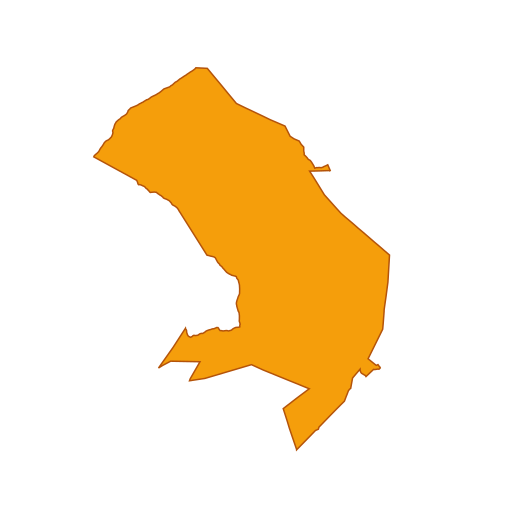 Tapalapa, Chiapas, Mexico (orthographic projection), rotated 344°
{"feature_id": "50627088B95959525466025", "entity_name": "Tapalapa", "entity_type": "district", "adm_level": 2, "iso_a3": "MEX", "parent_name": "Mexico", "parent_adm1": "Chiapas", "projection": "orthographic", "projection_center": [-93.122, 17.217], "detail": "fine", "context": "isolated", "style": "filled", "palette": "amber", "viewbox_px": 512, "rotation_deg": 344, "n_neighbors": 0, "source": "geoboundaries", "source_scale": "gbopen_adm2", "svg_char_len": 5527}
<svg xmlns="http://www.w3.org/2000/svg" viewBox="0 0 512 512"><g transform="rotate(344 256 256)"><path d="M241.6,453.5L256.4,445.1L265.1,440.1L268.2,439.7L269.3,437.9L282.8,430.1L289.3,426.4L295.7,422.8L301.0,419.9L304.2,415.6L305.4,414.1L307.6,411.1L309.3,409.8L310.5,409.4L315.2,399.9L324.9,393.4L324.5,395.3L324.8,397.1L325.2,397.9L328.2,401.1L328.5,402.2L337.8,397.4L338.8,397.9L342.2,398.3L342.9,398.7L343.4,398.6L344.6,397.8L344.5,396.9L344.3,396.8L343.3,394.0L341.5,394.3L340.8,393.4L335.4,385.7L348.6,371.2L357.6,361.3L359.6,356.1L360.9,352.6L362.9,347.2L364.1,343.9L364.1,343.6L366.4,338.4L369.9,330.6L372.2,325.3L375.6,317.5L377.6,311.8L379.6,306.1L382.6,297.6L384.6,291.9L380.0,284.9L377.1,280.4L373.8,275.5L370.8,270.9L367.8,266.3L364.7,261.6L361.6,257.0L358.8,252.6L355.5,247.6L352.4,243.0L349.4,238.3L346.7,232.8L344.7,228.7L341.1,221.2L338.6,216.1L335.3,204.3L333.1,196.5L330.9,189.2L337.0,190.8L341.3,191.9L344.9,192.8L349.7,194.0L350.3,194.5L350.9,194.3L350.1,188.1L347.5,188.6L346.1,188.7L345.0,189.0L344.0,189.1L343.3,189.1L342.3,188.8L341.0,188.3L339.7,188.1L338.4,187.7L336.7,187.8L336.4,185.2L335.3,181.2L334.5,179.1L332.9,177.5L332.2,175.6L331.3,173.8L330.2,172.0L330.7,170.3L330.8,168.3L331.9,164.5L330.2,161.1L329.2,157.4L324.9,153.9L321.8,150.3L319.7,139.1L314.7,135.0L307.1,128.8L301.1,123.4L290.1,113.7L287.1,111.1L283.2,107.6L279.2,104.0L276.0,96.7L273.8,91.7L270.1,83.1L265.1,71.8L260.9,62.2L250.1,58.5L249.1,59.2L247.7,59.8L246.4,60.3L244.7,60.8L243.7,61.0L242.6,61.4L241.4,61.8L239.8,62.3L238.6,62.8L237.4,63.1L236.3,63.4L235.1,63.8L233.3,64.4L232.6,64.6L232.0,64.7L231.5,64.9L231.0,65.1L230.1,65.5L229.6,65.7L228.8,66.1L227.9,66.4L226.3,66.7L224.1,67.8L222.8,68.5L221.3,68.8L219.7,69.6L213.6,70.0L211.8,70.8L210.1,71.6L207.8,72.5L206.0,72.9L204.9,73.3L203.4,73.6L201.4,73.9L199.8,74.2L198.6,74.5L197.8,74.9L196.8,75.2L195.7,75.7L193.9,75.7L192.1,76.2L190.7,76.6L189.6,77.0L188.4,77.1L187.7,77.3L186.9,77.5L185.9,77.6L184.8,78.0L183.8,78.3L182.7,78.5L181.1,78.7L176.3,79.2L175.8,79.5L175.1,80.0L174.4,80.3L173.9,80.6L173.5,80.8L173.0,81.2L172.8,81.7L172.4,82.2L172.0,82.6L171.5,83.1L170.9,83.6L170.6,83.9L170.0,84.1L169.2,84.4L168.6,84.6L167.5,84.9L166.2,85.2L165.7,85.3L165.0,85.6L164.6,85.7L163.5,86.5L162.8,86.8L162.0,87.0L161.2,87.3L160.0,87.9L158.7,88.5L157.7,89.5L156.7,90.4L155.6,92.0L154.4,94.1L153.3,95.2L152.6,96.2L152.5,98.0L151.7,99.4L150.9,100.5L149.7,101.8L147.9,102.8L147.2,103.2L146.7,103.4L146.0,103.7L145.0,103.8L144.1,104.0L143.3,104.2L142.4,104.7L141.4,105.3L140.2,106.5L139.3,107.3L138.7,107.8L138.0,108.4L136.9,109.1L136.2,109.7L135.4,110.4L134.5,111.4L133.4,112.4L131.8,113.3L131.2,113.6L130.5,113.9L129.9,114.1L129.0,114.6L128.3,114.9L127.4,116.0L162.2,150.4L162.5,153.0L162.4,154.1L162.5,154.3L162.8,155.1L163.0,155.1L163.6,155.2L164.0,155.5L164.3,155.6L164.7,155.8L165.0,156.0L165.4,156.3L166.1,157.0L166.3,157.2L166.9,157.6L167.5,158.1L168.0,158.7L168.3,159.1L168.4,159.4L168.5,159.5L168.8,160.3L169.2,161.0L169.9,161.7L170.4,162.8L170.4,163.0L170.6,163.3L170.8,163.5L171.1,164.3L171.2,164.5L171.3,164.7L171.5,165.1L171.7,165.6L171.9,165.8L172.8,165.9L173.4,166.0L176.3,166.6L176.5,166.8L177.8,167.3L178.6,168.7L178.9,168.8L179.1,169.3L179.5,169.7L180.6,171.1L181.0,171.5L181.5,171.9L182.0,172.8L182.6,173.5L182.8,174.3L183.2,174.8L183.6,175.3L184.4,175.9L185.1,176.4L185.7,176.8L187.1,178.2L187.3,178.4L187.9,179.0L188.3,179.8L188.6,180.5L189.1,181.4L189.4,182.8L189.7,183.5L190.0,184.0L191.8,185.7L193.3,187.7L194.1,189.7L194.7,192.3L194.8,192.5L195.2,193.7L195.4,194.5L209.1,241.7L209.2,241.8L209.3,241.9L209.8,242.0L212.5,243.7L213.7,244.3L215.2,245.2L215.6,245.6L216.4,246.5L216.8,248.5L217.2,250.3L217.4,251.2L217.8,252.2L218.7,253.8L218.8,254.8L219.3,255.5L220.3,256.9L220.7,258.2L221.6,259.9L222.2,261.3L223.3,263.6L224.1,264.5L224.6,265.2L225.3,265.8L225.5,266.1L226.1,266.5L226.8,267.2L227.0,267.5L227.5,267.9L229.1,268.8L229.4,269.0L229.5,269.1L230.5,269.6L231.4,270.4L231.4,272.0L232.3,274.3L232.2,276.1L232.2,277.0L232.2,277.8L232.1,279.3L231.9,280.2L231.3,282.8L231.0,283.9L230.6,285.1L229.9,287.4L229.2,288.6L228.7,289.0L228.1,289.8L227.7,290.2L226.4,292.2L226.0,292.7L225.0,294.2L224.2,295.7L223.9,296.8L223.9,297.8L223.7,299.1L223.7,304.1L223.8,304.2L224.1,305.8L223.6,308.7L223.6,308.8L223.3,309.8L222.6,312.2L222.1,313.5L221.9,314.5L222.0,315.2L222.0,317.2L221.4,317.9L221.3,318.4L220.9,319.7L219.7,319.7L218.9,319.5L218.3,319.4L217.0,319.1L216.1,319.2L215.2,319.3L213.3,319.8L212.0,320.5L209.5,320.5L208.9,320.5L207.6,319.7L206.6,319.4L205.2,319.2L203.8,319.0L203.3,318.8L202.6,318.4L201.6,318.0L200.9,317.8L200.7,317.4L200.6,317.1L200.2,315.9L200.1,315.1L199.7,314.3L198.5,313.9L197.2,314.1L196.4,314.2L195.6,314.3L193.7,314.0L193.1,314.1L192.0,314.2L191.2,314.1L189.6,314.1L189.4,314.2L189.1,314.2L188.6,314.2L187.0,314.5L186.1,315.0L185.3,315.2L184.3,315.6L183.1,315.7L182.5,315.4L181.7,315.3L180.9,315.3L180.3,315.4L179.2,315.8L178.2,316.1L177.0,316.0L176.8,315.9L176.1,315.8L175.4,315.7L174.9,315.3L174.3,315.1L173.7,315.2L173.3,315.3L172.5,315.8L172.2,315.8L170.7,316.1L170.4,315.8L169.7,315.3L169.0,314.5L168.6,313.7L168.5,313.3L168.4,312.1L168.3,310.8L168.4,309.9L168.7,308.4L168.6,307.6L168.2,306.9L168.3,306.0L151.1,321.0L131.4,336.8L136.3,335.4L145.0,333.6L173.0,342.2L172.2,343.0L158.9,355.9L157.7,357.6L159.8,357.9L160.2,357.9L173.1,359.6L221.7,359.2L231.4,367.5L270.6,398.3L261.1,401.9L255.9,403.9L240.1,410.2L240.3,416.7L240.5,423.3L240.6,430.8L241.7,453.0L241.6,453.5Z" fill="#f59e0b" stroke="#b45309" stroke-width="1.5"/></g></svg>